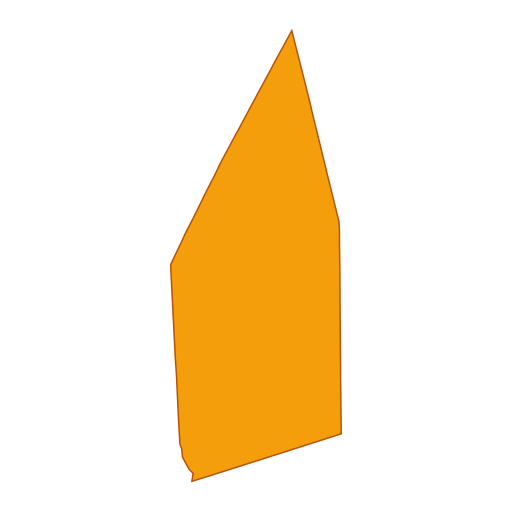 the district of Trindade, Pernambuco, Brazil
{"feature_id": "56859067B27392438986791", "entity_name": "Trindade", "entity_type": "district", "adm_level": 2, "iso_a3": "BRA", "parent_name": "Brazil", "parent_adm1": "Pernambuco", "projection": "robinson", "projection_center": [-40.306, -7.706], "detail": "fine", "context": "isolated", "style": "filled", "palette": "amber", "viewbox_px": 512, "rotation_deg": 0, "n_neighbors": 0, "source": "geoboundaries", "source_scale": "gbopen_adm2", "svg_char_len": 712}
<svg xmlns="http://www.w3.org/2000/svg" viewBox="0 0 512 512"><path d="M191.9,481.3L199.7,478.9L216.6,473.6L285.6,451.6L341.2,433.8L340.6,376.8L340.6,369.2L340.0,301.1L339.9,275.1L339.5,244.5L339.5,233.6L339.0,221.8L326.5,171.2L317.1,132.4L312.3,113.1L310.8,106.2L307.1,91.4L304.5,80.8L291.8,30.7L274.9,61.6L270.2,70.6L265.3,79.6L261.2,87.2L258.6,91.9L239.5,127.7L235.3,135.3L228.8,147.5L226.0,152.6L220.5,163.0L214.5,175.6L206.4,191.2L203.0,198.3L200.5,203.3L193.0,218.6L185.1,233.9L183.0,238.6L170.8,264.3L170.8,269.1L173.7,326.0L175.2,356.3L176.5,375.6L178.4,417.3L179.9,444.0L181.7,448.8L182.5,457.1L185.2,462.2L189.4,469.7L193.1,473.2L191.9,481.3Z" fill="#f59e0b" stroke="#b45309" stroke-width="1.5"/></svg>